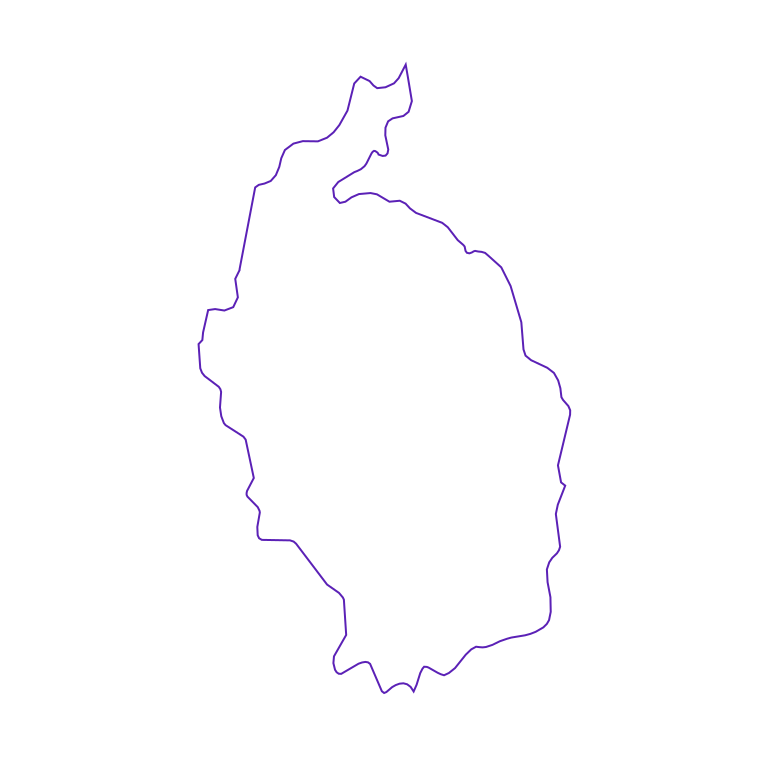 Karlovarský, Natural Earth projection, rotated 77°
{"feature_id": "CZE-1590", "entity_name": "Karlovarský", "entity_type": "Region", "adm_level": 1, "iso_a3": "CZE", "parent_name": "Czechia", "parent_adm1": "", "projection": "natural_earth1", "projection_center": [12.693, 50.171], "detail": "fine", "context": "isolated", "style": "outline", "palette": "violet", "viewbox_px": 768, "rotation_deg": 77, "n_neighbors": 0, "source": "natural_earth", "source_scale": "10m", "svg_char_len": 2555}
<svg xmlns="http://www.w3.org/2000/svg" viewBox="0 0 768 768"><g transform="rotate(77 384 384)"><path d="M519.7,233.6L523.8,230.3L540.7,241.8L549.3,245.8L582.2,249.0L585.3,250.9L587.9,253.6L591.2,259.1L594.9,263.1L601.3,267.0L613.9,269.2L629.2,269.8L643.5,272.8L651.2,276.3L654.4,279.3L657.0,283.5L659.6,292.0L660.4,297.6L660.6,303.1L659.7,317.0L659.9,321.3L660.7,328.9L662.6,337.2L663.2,343.8L662.8,347.2L661.8,350.4L660.7,353.4L662.2,358.7L666.1,365.2L676.8,378.7L680.2,385.8L681.3,391.0L679.6,393.9L677.5,396.6L670.3,404.4L669.3,405.9L668.5,408.5L670.0,410.5L673.8,413.7L684.4,419.9L690.3,424.3L685.1,426.2L681.8,429.0L680.0,432.4L679.5,436.3L680.0,440.3L681.2,444.3L684.7,451.0L685.1,453.4L682.9,455.2L653.6,460.5L651.6,462.2L650.6,464.7L650.4,468.0L650.8,471.7L656.8,490.9L656.1,493.3L654.2,495.0L651.4,496.0L644.6,496.1L638.1,494.0L620.0,477.3L585.1,471.6L582.8,472.1L577.5,474.8L566.6,484.6L519.8,505.6L517.2,507.5L515.2,510.8L508.4,538.1L506.2,540.4L503.0,541.1L494.8,539.6L481.3,533.9L479.6,533.8L475.6,534.7L463.0,542.4L461.1,542.8L459.3,542.4L457.4,541.5L446.3,532.0L407.1,531.3L403.7,532.8L388.5,547.6L386.1,548.8L378.8,549.8L370.0,549.1L355.1,544.5L352.3,544.6L349.6,545.6L335.9,557.0L332.1,558.8L327.4,559.5L303.4,555.7L300.3,551.1L293.1,548.7L272.4,538.7L273.0,531.7L276.5,523.0L275.2,513.6L266.7,506.9L248.1,505.3L240.4,499.0L239.9,499.0L163.5,465.3L161.8,461.2L161.8,455.3L160.7,448.7L156.2,442.4L148.9,437.2L140.9,433.3L133.7,427.9L129.4,418.2L129.1,408.5L132.7,393.8L131.2,384.1L127.4,376.5L121.7,369.3L109.4,358.1L84.5,345.4L79.3,337.7L85.6,329.9L90.8,327.1L94.2,324.1L95.2,315.8L93.3,306.6L89.3,300.9L77.7,291.0L90.4,291.7L114.6,293.2L124.3,298.8L127.2,304.8L127.1,315.9L129.0,320.9L134.6,324.9L142.0,326.8L156.5,327.1L160.1,328.7L161.8,331.1L161.5,334.0L159.2,337.7L158.5,337.8L157.8,338.0L157.1,338.3L156.5,338.8L155.1,340.1L154.6,341.3L155.2,342.8L156.5,344.3L165.3,351.6L167.4,354.0L169.5,358.2L170.4,362.0L170.9,365.3L176.9,383.1L182.0,389.6L190.6,390.5L197.7,386.3L197.7,380.6L194.8,373.7L193.3,365.7L194.9,354.2L197.6,348.2L207.6,337.7L209.0,327.4L213.1,322.4L218.7,319.2L224.5,314.3L240.1,291.0L245.6,286.6L260.4,279.8L266.4,275.4L268.2,274.5L272.7,274.6L274.8,273.7L275.9,271.4L275.6,268.8L274.9,266.7L274.8,265.3L276.1,262.4L277.2,259.2L279.0,256.0L282.7,253.3L296.7,243.5L317.0,238.6L354.7,236.3L381.7,240.3L388.2,239.7L393.9,235.3L405.0,221.2L411.5,215.9L419.7,213.5L427.8,213.1L436.8,214.1L439.9,213.1L447.0,209.3L451.5,208.5L455.8,209.6L502.4,232.8L519.7,233.6Z" fill="none" stroke="#5b21b6" stroke-width="2"/></g></svg>